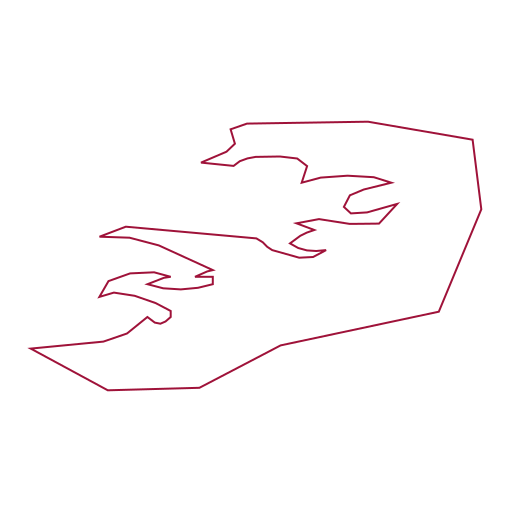 the Region of Reykjavík
{"feature_id": "ISL-5131", "entity_name": "Reykjavík", "entity_type": "Region", "adm_level": 1, "iso_a3": "ISL", "parent_name": "Iceland", "parent_adm1": "", "projection": "equal_earth", "projection_center": [-21.878, 64.139], "detail": "fine", "context": "isolated", "style": "outline", "palette": "rose", "viewbox_px": 512, "rotation_deg": 0, "n_neighbors": 0, "source": "natural_earth", "source_scale": "10m", "svg_char_len": 1095}
<svg xmlns="http://www.w3.org/2000/svg" viewBox="0 0 512 512"><path d="M30.7,348.6L103.4,341.6L127.0,333.5L147.4,317.0L154.8,322.6L160.4,323.7L165.5,321.5L170.7,317.0L170.7,311.0L155.7,303.1L134.7,295.8L113.9,292.6L99.4,296.9L108.5,281.1L130.1,273.4L154.1,272.3L170.7,276.8L163.9,277.8L147.5,284.2L163.2,288.3L180.8,289.4L198.0,287.8L212.8,284.2L212.8,276.8L195.0,276.8L207.3,271.4L212.8,270.1L158.8,245.4L129.5,237.7L99.5,236.7L125.8,226.7L256.4,238.4L262.8,242.3L267.2,246.8L272.2,250.1L299.2,257.7L313.1,257.0L326.1,250.1L316.2,251.0L306.9,250.4L298.2,248.0L290.0,243.4L300.3,235.8L306.8,232.6L314.3,230.0L296.5,223.3L319.0,219.1L349.7,223.9L361.4,223.8L379.0,223.6L397.2,203.9L367.1,212.4L350.9,213.4L343.9,206.9L349.9,195.3L363.8,189.5L391.3,182.7L373.8,177.2L347.5,175.7L320.7,177.6L301.7,182.7L307.1,166.1L297.2,158.5L279.9,156.5L255.6,156.9L247.5,158.4L239.8,161.2L233.6,165.9L201.0,162.6L226.5,151.7L234.9,143.7L230.6,129.3L247.0,123.6L368.0,121.7L472.6,139.7L481.3,209.3L438.8,311.7L280.6,345.4L199.4,387.8L107.8,390.3L30.7,348.6Z" fill="none" stroke="#9f1239" stroke-width="2"/></svg>